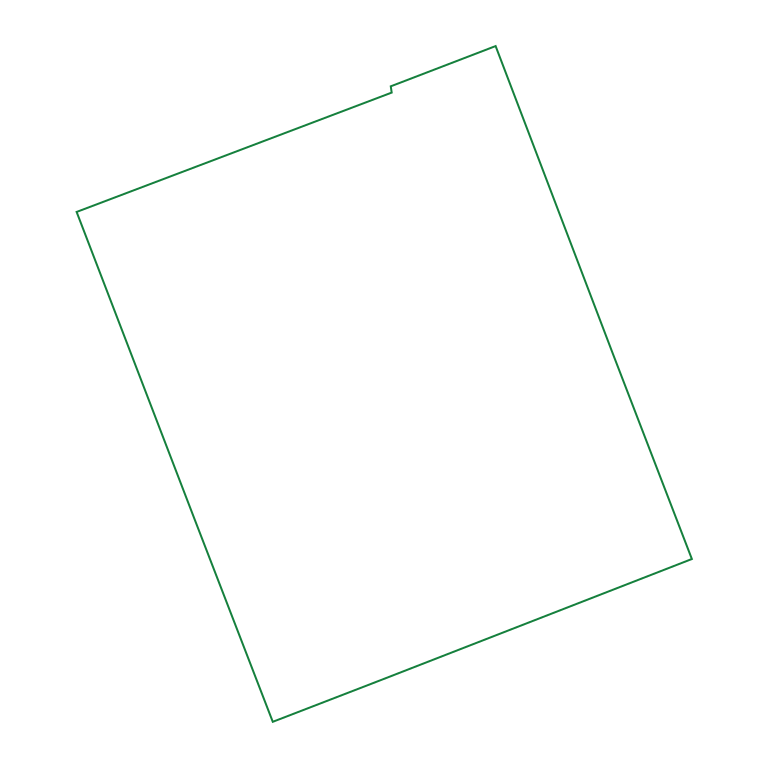 Lincoln, Kansas, United States of America (Equal Earth projection), rotated 69°
{"feature_id": "52423323B2228267631345", "entity_name": "Lincoln", "entity_type": "district", "adm_level": 2, "iso_a3": "USA", "parent_name": "United States of America", "parent_adm1": "Kansas", "projection": "equal_earth", "projection_center": [-98.224, 39.045], "detail": "fine", "context": "isolated", "style": "outline", "palette": "green", "viewbox_px": 768, "rotation_deg": 69, "n_neighbors": 0, "source": "geoboundaries", "source_scale": "gbopen_adm2", "svg_char_len": 285}
<svg xmlns="http://www.w3.org/2000/svg" viewBox="0 0 768 768"><g transform="rotate(69 384 384)"><path d="M108.5,158.7L108.5,271.0L114.7,272.4L113.2,609.3L441.3,609.3L659.5,608.9L659.3,496.1L657.7,159.3L437.9,159.5L108.5,158.7Z" fill="none" stroke="#15803d" stroke-width="2"/></g></svg>